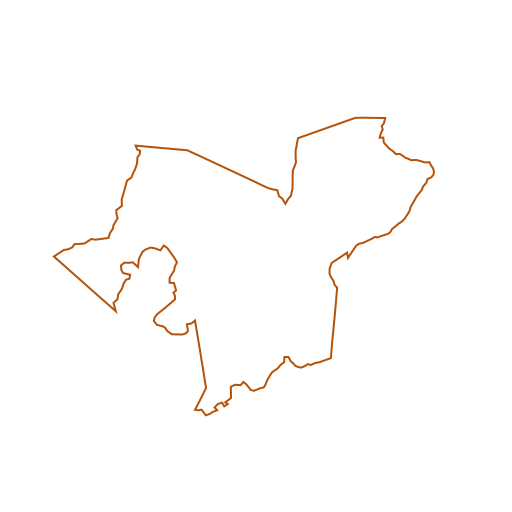 Belo Jardim, Pernambuco, Brazil (Mercator projection), rotated 344°
{"feature_id": "56859067B61802713407079", "entity_name": "Belo Jardim", "entity_type": "district", "adm_level": 2, "iso_a3": "BRA", "parent_name": "Brazil", "parent_adm1": "Pernambuco", "projection": "mercator", "projection_center": [-36.415, -8.268], "detail": "fine", "context": "isolated", "style": "outline", "palette": "amber", "viewbox_px": 512, "rotation_deg": 344, "n_neighbors": 0, "source": "geoboundaries", "source_scale": "gbopen_adm2", "svg_char_len": 2965}
<svg xmlns="http://www.w3.org/2000/svg" viewBox="0 0 512 512"><g transform="rotate(344 256 256)"><path d="M219.2,135.5L199.6,127.9L170.7,116.7L171.2,121.0L173.6,123.0L172.1,126.3L169.3,128.3L167.1,134.4L163.6,139.4L160.5,142.7L157.8,146.3L152.9,147.9L149.4,153.5L146.9,157.7L142.4,164.7L140.9,170.9L137.2,172.3L134.3,173.5L133.5,177.2L133.4,181.5L127.5,187.1L126.1,190.1L122.0,193.7L119.1,198.0L106.4,196.1L102.3,194.3L94.8,196.7L89.5,195.7L84.8,194.6L81.6,197.1L77.0,197.8L73.0,197.2L61.6,200.8L89.9,245.3L95.6,254.3L102.0,264.2L106.0,270.5L106.1,261.8L110.9,259.4L113.1,254.6L115.9,252.5L118.4,250.1L121.5,245.6L124.5,243.0L128.0,242.9L129.9,239.4L123.6,235.8L122.7,232.3L123.6,227.9L127.5,226.1L131.6,227.4L135.9,228.2L139.5,234.2L142.5,226.8L144.7,224.2L148.2,220.6L151.8,219.3L156.9,218.8L160.5,220.5L165.7,224.2L170.3,220.5L173.0,224.0L177.0,235.2L178.3,240.3L175.1,243.7L173.2,247.5L166.9,253.3L165.6,257.9L169.7,259.4L169.7,267.1L166.6,268.5L167.1,272.0L166.2,275.4L153.9,281.0L145.1,284.6L141.6,287.2L139.9,290.3L141.9,295.0L146.5,297.6L148.7,299.6L150.1,303.8L153.6,308.1L163.7,311.2L167.4,311.0L170.0,309.2L170.7,302.6L175.3,303.1L179.6,301.2L178.5,310.6L177.4,320.4L176.5,328.1L176.2,331.1L175.1,339.7L174.4,345.9L171.6,369.1L161.6,380.1L155.0,387.0L158.1,388.5L161.3,388.7L162.6,392.1L163.9,395.3L168.0,395.1L170.7,394.1L176.2,393.5L174.4,390.2L178.5,387.8L183.0,387.6L184.0,391.8L188.0,390.5L186.2,388.2L192.8,385.6L194.3,380.2L195.7,374.8L200.3,374.0L205.7,375.9L209.2,373.6L211.5,377.0L214.0,383.3L216.9,385.0L223.3,384.3L227.3,384.4L229.5,382.4L232.3,378.8L235.7,375.3L239.2,372.4L241.9,371.3L245.6,370.2L249.7,367.4L253.8,365.8L255.5,360.9L259.4,362.1L260.4,366.9L262.3,369.6L263.5,372.4L266.0,374.4L268.6,375.7L272.1,375.4L275.9,374.2L278.7,375.9L283.3,375.1L287.1,375.6L299.8,374.8L305.7,359.2L309.3,350.2L313.1,340.5L318.6,326.3L325.3,308.8L323.6,305.6L323.6,301.2L322.2,296.8L321.8,293.2L323.4,288.2L326.8,283.6L344.5,277.9L343.9,283.2L350.8,277.3L355.3,273.6L358.5,272.6L362.6,272.9L372.3,271.3L375.4,270.4L378.0,271.6L382.1,271.3L389.1,271.1L391.7,270.1L394.2,267.6L397.9,266.1L401.8,264.3L405.7,263.1L409.1,261.2L412.5,258.3L415.8,255.3L418.1,251.6L420.4,249.3L423.4,246.5L427.0,242.8L430.9,240.2L433.8,237.9L435.9,235.1L439.7,232.8L442.2,229.2L446.0,228.8L449.2,226.6L450.3,223.9L450.4,220.7L449.2,217.1L448.6,213.7L444.2,212.6L441.4,210.8L436.5,207.8L431.5,206.7L429.3,204.6L426.8,202.9L424.9,200.4L422.5,197.6L418.5,196.6L416.6,193.1L413.5,189.2L410.1,182.1L411.0,177.3L407.4,176.3L410.4,171.8L412.6,169.5L412.6,165.9L415.4,163.8L418.3,159.0L396.1,152.3L389.6,150.6L380.9,151.1L328.9,154.3L327.3,157.3L324.7,162.6L323.1,165.7L321.0,173.2L320.4,176.7L317.8,180.4L315.2,183.7L313.5,188.3L311.4,195.7L309.6,201.5L308.2,204.0L306.1,207.9L303.1,209.6L298.7,213.9L296.8,207.4L294.6,204.9L294.6,198.6L290.7,196.7L286.7,194.3L281.7,190.0L274.1,183.2L227.9,143.0L222.4,138.3L219.2,135.5Z" fill="none" stroke="#b45309" stroke-width="2"/></g></svg>